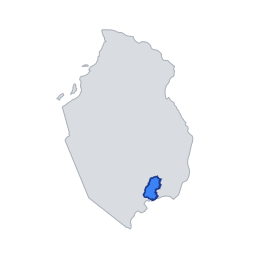 Kibondo, Kigoma, United Republic of Tanzania shown in context, rotated 218°
{"feature_id": "72390352B58332556482444", "entity_name": "Kibondo", "entity_type": "district", "adm_level": 2, "iso_a3": "TZA", "parent_name": "United Republic of Tanzania", "parent_adm1": "Kigoma", "projection": "orthographic", "projection_center": [30.818, -4.184], "detail": "fine", "context": "in_parent", "style": "filled", "palette": "blue", "viewbox_px": 256, "rotation_deg": 218, "n_neighbors": 0, "source": "geoboundaries", "source_scale": "gbopen_adm2", "svg_char_len": 7159}
<svg xmlns="http://www.w3.org/2000/svg" viewBox="0 0 256 256"><g transform="rotate(218 128 128)"><path d="M99.8,173.1L97.4,171.9L95.3,171.1L93.5,170.2L92.7,169.4L91.1,169.1L89.6,168.9L88.3,168.2L85.6,167.9L85.3,167.4L85.2,166.2L84.7,165.9L83.8,165.6L82.7,165.7L82.0,165.8L81.6,165.7L80.8,165.1L79.9,164.2L79.6,162.8L78.4,162.0L76.9,161.3L72.9,161.3L72.3,161.1L71.3,160.4L70.2,159.3L69.3,158.0L68.5,156.2L67.7,153.8L63.1,144.3L62.6,142.5L61.7,140.5L60.2,138.1L58.7,136.3L56.5,134.6L54.1,133.0L52.8,131.9L50.3,127.4L49.8,125.3L49.4,123.1L49.6,122.2L51.1,119.4L51.3,118.6L51.1,117.6L50.3,115.3L49.3,112.6L47.4,107.7L47.1,106.4L47.1,105.5L48.2,100.5L48.2,99.8L52.9,99.9L56.3,97.7L59.2,94.4L59.8,93.0L61.0,90.9L62.2,89.8L62.6,89.1L63.3,87.0L64.9,85.6L66.4,84.5L66.1,83.7L66.3,83.4L67.1,82.9L68.7,82.4L69.0,81.3L69.0,80.0L68.8,79.3L68.8,78.5L68.6,78.1L67.5,78.0L66.0,77.3L64.6,77.1L63.8,76.7L63.4,76.4L63.3,75.7L64.0,73.8L63.3,73.0L64.9,69.8L65.2,69.4L65.8,69.4L66.7,69.0L67.6,68.9L68.3,69.0L68.8,68.9L69.3,68.5L69.7,67.4L70.0,65.6L69.8,64.1L69.1,63.0L69.0,61.3L69.3,59.0L69.0,57.0L68.3,55.5L67.5,54.6L66.4,54.1L64.5,51.8L64.0,50.6L64.1,49.9L64.7,49.6L65.9,49.7L67.0,49.5L68.0,48.8L69.0,48.6L69.5,48.7L115.9,48.8L169.8,79.4L170.1,79.8L170.5,82.4L170.4,83.3L169.5,84.8L169.3,85.5L169.3,86.1L169.5,86.3L170.2,86.4L170.8,86.8L171.0,87.0L171.4,88.2L172.0,88.7L192.3,103.8L192.7,104.0L192.4,105.3L191.2,108.3L191.1,109.5L190.7,111.0L190.2,112.0L189.0,116.2L188.0,117.8L186.6,121.5L186.4,124.4L187.1,126.4L187.3,128.2L188.8,130.1L190.1,130.7L190.9,131.6L192.4,133.5L193.2,135.5L195.9,136.4L196.9,138.6L196.5,140.1L195.2,141.3L194.0,143.2L193.0,145.8L192.9,149.8L193.6,149.2L195.0,150.2L195.1,153.2L193.6,156.6L193.1,158.2L193.0,159.5L194.0,163.6L195.5,165.7L195.4,166.4L194.9,166.9L197.6,170.6L197.3,173.8L198.3,176.3L198.7,178.5L199.3,180.2L199.4,181.3L198.5,182.6L200.5,182.9L201.6,183.9L202.2,184.9L203.6,184.9L204.4,185.6L205.5,186.2L207.9,187.9L208.6,188.7L208.9,189.5L202.0,194.7L199.4,196.0L197.7,196.6L195.8,196.9L194.0,197.7L192.2,199.0L190.1,199.6L187.4,199.6L184.6,200.5L180.2,203.2L177.7,201.6L175.7,201.1L173.4,201.2L172.0,201.3L171.5,201.7L171.0,202.6L170.6,204.1L169.1,205.5L166.4,206.9L164.0,207.4L161.7,207.0L160.3,206.4L159.5,205.6L158.3,205.2L156.8,205.3L155.3,205.8L153.9,206.9L151.7,207.4L148.6,207.2L146.9,206.7L146.7,205.8L145.4,204.7L143.0,203.5L141.1,203.4L139.9,204.6L138.9,205.3L137.9,205.6L137.0,205.6L135.8,205.3L132.4,205.2L129.2,205.2L128.9,203.5L128.2,202.5L127.6,201.9L126.5,201.7L126.2,201.2L125.8,200.2L125.3,199.3L124.6,198.5L124.2,197.9L124.0,197.2L124.1,196.5L124.8,194.8L125.1,193.6L125.0,192.4L124.7,191.2L123.9,189.7L124.0,189.3L123.8,188.2L123.7,187.5L123.9,186.7L123.8,185.5L123.1,183.0L123.1,182.4L122.4,181.2L120.3,178.3L120.2,178.0L116.9,175.1L115.5,174.5L115.0,175.0L114.8,175.5L115.0,176.4L114.9,176.9L114.7,177.1L113.9,177.0L113.4,176.9L112.2,176.2L111.2,176.0L108.7,176.1L107.8,176.3L107.1,176.1L105.8,174.8L104.3,174.5L102.9,174.4L100.6,172.9L99.8,173.1ZM196.4,126.0L197.5,129.2L197.3,129.8L196.5,130.1L196.1,130.1L195.6,129.6L195.3,128.6L194.7,128.8L193.7,127.5L192.7,127.5L191.8,125.9L192.2,124.6L192.0,122.4L193.1,121.2L193.8,119.3L194.5,120.6L194.6,122.7L195.5,125.1L196.4,126.0ZM202.1,107.3L202.1,108.0L201.9,108.7L201.9,111.0L201.8,112.5L201.0,114.5L200.3,115.2L199.7,115.0L199.2,114.7L198.8,114.1L199.6,110.3L199.3,107.6L200.8,107.9L202.1,107.3ZM199.0,152.7L198.2,152.9L197.9,152.7L197.5,152.1L198.3,151.6L199.2,150.6L201.1,149.1L202.0,147.9L201.8,149.1L200.7,151.6L199.8,151.7L199.0,152.7Z" fill="#d9dde1" stroke="#a8b0b8" stroke-width="1"/><path d="M74.9,85.2L74.3,84.5L74.1,84.4L73.8,84.3L73.3,84.3L72.6,83.8L71.8,84.1L71.6,84.2L71.4,84.5L71.0,84.7L70.3,85.5L70.1,85.5L69.8,85.5L69.0,85.7L68.8,85.7L68.7,85.6L68.6,85.4L68.4,85.1L67.3,85.7L66.8,85.8L66.4,85.8L66.2,85.8L66.0,86.0L65.9,86.1L65.7,86.1L65.4,86.2L65.4,86.3L65.4,86.2L65.4,86.3L65.1,86.3L65.1,86.5L64.9,86.8L64.8,87.0L64.6,86.6L64.5,86.2L64.3,85.9L64.2,86.1L64.0,86.3L63.8,86.4L63.8,86.5L63.7,86.5L63.7,86.8L63.8,86.8L63.7,87.0L63.8,87.1L63.7,87.2L63.8,87.2L63.6,87.3L63.5,87.5L63.5,87.4L63.4,87.5L63.3,87.8L63.2,88.1L63.1,88.3L63.0,88.5L62.9,88.6L62.7,88.8L62.8,88.9L62.8,89.0L63.0,89.5L63.1,89.9L62.9,90.0L63.1,90.4L63.0,90.5L62.9,90.5L63.0,90.6L62.9,90.9L63.0,90.9L63.1,91.0L63.0,91.3L63.0,91.6L62.9,91.7L63.0,91.8L62.9,91.8L62.9,92.0L63.0,92.0L62.9,92.0L63.0,92.1L62.9,92.2L63.0,92.2L63.0,92.3L63.1,92.2L63.1,92.4L63.2,92.5L63.4,92.5L63.5,92.6L63.9,93.1L64.1,93.1L64.3,93.2L64.5,93.0L64.8,93.2L64.9,93.4L65.2,93.4L65.2,93.6L65.4,93.6L65.5,93.8L65.6,93.7L65.6,93.8L65.7,93.7L66.0,93.7L66.1,93.8L66.1,94.0L66.3,94.0L66.5,94.2L66.7,94.4L66.6,94.5L66.8,94.5L66.9,94.4L66.9,94.6L67.1,94.7L67.0,94.8L67.1,95.0L67.3,95.5L67.2,95.5L67.4,95.6L67.5,95.6L67.7,95.8L67.9,96.0L67.7,96.2L67.8,96.3L67.7,96.4L67.7,96.6L67.8,96.8L68.0,96.8L67.9,96.9L68.0,97.1L68.0,97.3L67.8,97.3L67.7,97.4L67.7,97.5L67.8,97.5L67.8,97.8L67.6,97.8L67.5,98.0L67.4,98.0L67.1,98.2L67.2,98.4L67.2,98.5L67.1,98.8L67.0,98.7L66.9,98.5L66.7,98.6L66.6,98.9L66.9,99.0L66.8,99.3L66.7,99.4L66.7,99.5L66.8,99.5L66.5,99.6L66.4,99.4L66.3,99.5L66.5,99.7L66.3,99.8L66.5,99.9L66.7,100.1L66.4,100.3L66.5,100.4L66.7,100.5L66.6,100.8L66.7,101.0L67.0,101.0L66.7,101.4L66.7,101.5L66.7,101.9L66.9,101.8L67.1,101.7L67.2,101.8L67.3,101.8L67.2,101.7L67.3,101.7L67.4,101.8L67.4,102.2L67.3,102.4L67.2,102.6L67.2,102.8L67.4,102.8L67.3,103.2L67.5,103.1L67.8,103.2L67.7,103.3L67.9,103.5L67.7,103.6L68.0,103.6L68.4,103.6L68.5,103.5L68.7,103.4L68.9,103.7L69.0,103.7L69.3,103.7L69.5,103.8L69.5,104.0L69.4,104.2L69.5,104.2L69.7,104.4L69.7,104.6L69.8,104.6L69.9,104.8L70.0,104.9L70.2,105.0L70.3,105.1L70.5,105.2L70.4,105.3L70.6,105.3L70.7,105.5L70.6,105.9L70.7,106.0L70.4,106.2L70.5,106.3L70.4,106.5L70.6,106.7L70.3,106.7L70.3,107.0L70.2,107.2L70.3,107.4L70.5,107.4L70.4,107.4L70.4,107.5L70.6,107.3L70.8,107.3L71.1,107.4L71.1,107.5L71.3,107.4L71.4,107.5L71.5,107.4L72.1,107.3L72.7,107.1L73.0,107.1L73.3,107.0L73.4,107.4L73.8,107.6L74.0,107.6L74.3,107.5L74.4,107.3L74.5,107.3L74.4,107.3L74.5,107.4L74.8,107.4L74.8,107.5L75.3,107.8L75.3,107.3L75.3,107.0L75.5,106.9L75.8,106.8L76.3,106.7L76.4,106.4L76.8,106.0L76.9,105.8L77.1,105.6L77.2,105.4L77.4,105.2L77.5,105.1L77.6,104.7L77.7,104.2L77.5,103.9L77.7,103.7L77.8,103.5L78.1,103.5L78.6,103.3L78.6,103.2L79.0,102.7L79.1,102.4L78.9,102.1L79.1,101.8L78.9,101.7L78.9,101.2L78.7,100.9L78.6,100.7L78.6,100.4L78.7,100.1L78.5,99.9L78.4,99.9L78.3,100.0L78.1,100.0L78.1,99.8L78.0,99.6L78.0,99.4L77.9,99.1L78.0,98.9L77.9,98.8L78.0,98.6L77.7,98.2L77.6,97.8L77.3,97.6L77.2,97.4L77.2,96.8L77.3,96.8L77.2,96.7L77.3,96.6L77.2,96.5L76.9,96.4L77.0,96.3L76.9,96.3L77.0,96.1L76.9,95.9L76.9,95.7L76.8,95.4L76.7,95.3L76.7,95.2L76.8,95.0L76.7,94.9L76.9,94.6L76.9,94.4L77.0,94.2L76.9,94.0L77.0,94.0L77.1,93.7L77.3,93.6L77.4,93.4L77.4,93.0L77.3,92.8L77.4,92.7L77.3,92.4L77.2,92.3L77.2,92.2L77.2,91.8L77.0,91.6L77.0,91.1L76.9,90.9L76.9,90.6L76.6,90.4L76.5,90.1L76.5,89.7L76.2,89.4L76.2,89.1L75.5,88.8L75.2,88.4L75.1,87.9L74.9,87.6L75.0,87.3L74.9,86.9L75.0,86.9L74.9,86.6L75.0,86.1L74.9,86.0L74.7,85.8L74.8,85.7L75.0,85.3L74.9,85.2Z" fill="#3b82f6" stroke="#1e3a8a" stroke-width="1.5"/></g></svg>